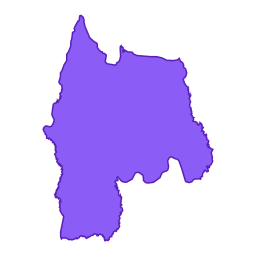 the district of Lumphat, Rôtânôkiri, Cambodia
{"feature_id": "14789045B80217512950075", "entity_name": "Lumphat", "entity_type": "district", "adm_level": 2, "iso_a3": "KHM", "parent_name": "Cambodia", "parent_adm1": "Rôtânôkiri", "projection": "equal_earth", "projection_center": [107.076, 13.435], "detail": "fine", "context": "isolated", "style": "filled", "palette": "violet", "viewbox_px": 256, "rotation_deg": 0, "n_neighbors": 0, "source": "geoboundaries", "source_scale": "gbopen_adm2", "svg_char_len": 5781}
<svg xmlns="http://www.w3.org/2000/svg" viewBox="0 0 256 256"><path d="M200.6,179.2L200.8,178.6L200.5,177.2L202.4,176.5L202.5,173.5L203.9,172.0L204.4,170.4L205.1,170.3L206.9,171.8L208.3,171.1L208.2,170.1L206.7,166.3L207.7,166.0L208.7,167.7L209.4,167.6L209.6,165.6L210.9,164.8L212.3,162.1L212.7,161.1L212.0,159.0L212.5,157.5L211.2,153.0L212.8,149.4L210.3,148.2L209.1,146.6L208.8,147.5L207.8,146.6L207.1,144.3L207.3,144.0L208.1,145.0L208.8,144.8L207.8,143.6L208.5,142.5L208.5,140.5L206.6,139.1L206.8,137.4L205.6,136.2L206.5,135.3L206.4,134.6L206.1,134.2L205.1,134.9L204.1,134.8L203.5,133.1L204.1,132.0L203.1,131.0L201.8,131.1L202.1,130.5L202.0,128.7L202.5,128.7L203.3,127.4L201.8,126.7L202.1,124.9L201.6,124.6L201.0,123.3L200.0,122.7L200.2,123.9L198.9,124.0L198.9,124.9L198.4,125.2L197.1,123.7L197.0,122.5L196.4,122.5L195.8,121.7L192.9,121.3L192.9,120.7L193.5,119.8L193.2,118.1L193.9,117.6L192.1,116.7L192.1,115.2L190.8,114.2L191.9,113.2L191.5,112.0L191.7,111.2L190.8,110.6L191.2,109.8L190.9,107.8L190.2,107.6L189.6,106.3L189.8,103.5L190.6,102.1L189.2,98.2L189.8,97.1L189.7,96.0L190.4,96.4L190.7,95.3L189.6,95.5L189.9,93.9L189.0,94.6L188.3,93.5L188.8,91.7L188.0,90.4L188.5,89.6L187.8,88.8L188.4,87.9L188.1,87.0L186.8,86.4L185.4,84.9L184.9,83.5L184.2,83.2L184.1,81.6L183.4,80.3L183.4,78.8L185.8,76.3L186.7,72.9L185.7,69.2L185.2,68.4L183.8,67.7L183.4,66.9L183.7,65.3L182.9,63.2L181.6,61.8L180.7,61.8L179.2,58.4L178.2,59.4L176.7,60.1L171.1,60.8L170.8,60.3L167.0,60.4L162.2,58.0L156.8,56.7L151.1,56.7L137.3,55.6L133.9,54.3L132.0,52.1L128.1,52.0L124.6,50.0L124.2,51.6L123.1,52.1L122.7,50.7L123.0,50.4L123.3,48.1L122.4,46.9L121.3,47.2L121.1,45.8L120.4,46.4L120.2,48.2L120.6,56.3L119.8,59.8L118.5,62.0L116.8,62.8L116.1,64.7L115.0,65.1L107.2,63.8L105.5,62.2L105.3,61.1L106.3,55.1L104.5,53.5L102.7,53.2L102.2,51.8L101.0,51.8L99.1,50.0L97.5,47.8L97.1,43.7L96.7,43.1L94.0,41.6L89.7,37.7L85.1,26.8L84.0,22.3L84.0,20.0L83.2,17.3L81.0,15.4L79.7,15.9L79.2,20.5L77.9,21.1L77.8,21.9L77.2,22.4L75.1,26.3L74.2,28.6L74.9,30.6L74.5,31.4L72.6,32.4L71.7,39.4L71.0,40.8L70.7,46.3L68.6,51.6L66.7,54.4L66.7,60.7L64.2,64.6L62.0,70.6L60.4,73.1L60.5,76.5L58.9,82.2L60.0,84.0L62.0,85.5L61.9,87.2L62.4,88.9L62.3,89.3L61.6,89.4L61.7,91.7L59.8,93.6L60.2,94.5L60.3,96.2L60.8,96.1L61.0,96.7L60.8,97.2L60.1,97.1L60.2,97.8L59.8,98.1L60.4,98.7L58.5,100.4L58.4,101.6L57.4,100.3L57.3,101.8L56.6,101.7L56.2,103.0L54.3,103.2L53.2,104.7L51.9,114.2L52.4,116.1L54.0,119.1L54.1,120.6L53.5,122.6L52.6,124.7L51.4,126.3L49.8,126.8L47.0,126.0L45.5,126.1L44.1,127.3L43.2,129.1L43.9,131.2L45.3,133.4L45.2,134.2L46.4,135.1L46.8,138.3L48.3,138.4L48.7,138.9L49.1,138.2L49.8,138.4L50.6,139.1L50.4,139.7L50.9,140.3L51.4,140.1L51.4,140.5L52.8,141.2L52.6,142.5L53.9,142.5L54.1,143.3L54.4,143.2L54.7,143.8L54.4,144.1L54.7,145.0L55.3,144.9L55.4,145.6L55.8,145.7L55.3,147.4L55.9,147.4L55.9,148.7L55.3,149.1L55.3,149.9L55.5,151.0L56.2,151.0L56.4,152.2L54.6,154.1L55.5,155.4L55.4,155.9L56.1,157.2L56.0,157.9L56.4,158.3L56.3,159.0L57.5,159.1L56.9,159.7L57.4,160.8L56.8,161.6L58.4,163.8L58.7,163.4L59.3,163.5L58.7,164.3L59.1,164.9L59.3,164.4L59.9,164.5L60.2,164.7L60.1,165.4L60.7,165.4L60.8,165.9L61.1,165.5L62.1,166.2L61.9,166.7L62.2,168.0L61.3,169.3L62.6,169.6L62.6,170.5L61.6,171.5L62.0,172.2L61.9,172.9L62.5,173.2L62.4,174.6L62.0,175.1L61.5,175.0L61.8,175.6L61.5,176.3L60.1,177.8L60.1,178.4L60.6,177.9L60.9,178.3L60.1,179.3L60.4,179.5L60.3,181.1L59.9,180.9L59.3,182.4L58.9,182.3L58.1,184.4L58.5,184.8L58.4,186.2L58.8,187.2L58.4,188.3L57.7,188.0L57.5,189.1L56.8,189.4L57.0,190.3L56.4,190.4L56.1,191.1L56.4,191.8L55.7,192.7L56.0,193.4L55.7,194.2L55.1,193.9L54.7,195.0L55.3,195.5L55.4,196.4L55.7,196.1L55.8,197.3L56.9,196.9L57.2,197.3L57.1,197.7L58.0,197.6L58.6,198.9L59.4,198.3L60.5,199.2L60.6,200.5L60.2,200.3L59.7,201.0L60.4,201.6L59.6,201.6L59.3,202.5L60.1,204.0L59.6,204.5L59.9,205.1L59.9,206.2L59.4,207.2L59.9,207.7L60.4,209.3L59.9,210.1L60.2,210.9L61.9,214.0L63.0,215.5L63.4,215.4L63.7,216.8L60.6,232.0L60.7,236.9L61.4,238.9L62.8,237.7L64.4,238.1L65.8,237.8L69.0,239.7L70.7,239.4L71.8,239.9L73.9,239.3L74.6,238.7L75.9,238.6L76.3,238.0L76.8,238.7L77.3,238.7L79.5,237.2L79.9,236.3L81.0,235.6L82.6,236.6L83.9,236.0L86.4,238.3L88.1,237.5L88.1,236.8L89.0,237.0L91.5,235.4L93.0,235.2L94.0,233.9L94.4,233.9L96.0,234.2L96.7,234.8L97.0,235.7L97.5,235.6L97.7,234.7L98.3,235.4L98.7,234.7L100.2,234.2L101.6,235.0L102.6,234.9L103.0,235.3L102.8,236.5L103.6,236.5L104.0,236.9L104.0,237.8L104.5,238.1L104.4,239.1L104.8,240.6L105.7,240.6L105.9,240.1L106.3,240.0L108.1,240.5L108.6,239.9L108.4,239.5L109.2,239.2L109.4,237.8L110.7,236.5L111.7,236.6L112.0,234.7L113.1,233.9L113.2,232.4L114.9,230.8L116.1,231.4L116.7,230.5L116.6,229.2L117.9,229.2L119.6,226.5L118.7,224.0L119.5,223.7L119.7,222.8L119.6,222.3L119.0,222.1L118.7,221.0L119.3,220.2L119.9,218.1L119.2,215.8L120.1,215.3L121.2,213.9L121.2,213.3L120.3,213.1L120.4,212.3L121.5,212.3L122.7,210.6L122.1,208.1L120.7,206.8L120.3,205.7L121.0,204.9L122.1,205.5L120.5,203.1L121.2,201.4L121.0,200.8L121.6,197.3L120.9,196.6L120.4,195.4L120.2,196.5L118.8,194.9L118.5,193.2L118.9,190.4L117.6,190.5L117.1,189.3L116.1,188.2L116.5,187.8L117.6,188.3L117.7,187.6L116.9,186.4L115.3,186.6L115.0,185.8L116.8,185.1L116.7,184.2L115.1,182.2L115.1,181.4L115.4,180.7L117.1,180.8L117.9,180.3L117.8,179.6L117.0,178.9L116.8,178.2L117.6,176.7L121.7,181.3L124.3,182.2L126.7,182.1L132.1,179.1L135.2,173.1L136.7,172.5L138.9,172.4L142.8,175.2L143.3,176.9L143.5,180.5L145.6,182.6L148.2,183.0L153.5,182.3L160.0,177.6L161.6,173.6L162.8,172.3L167.0,170.7L167.8,169.8L168.4,167.8L168.5,166.0L167.7,161.6L167.8,160.5L169.2,157.8L171.1,156.7L175.3,158.8L177.1,159.1L178.9,160.7L181.7,168.5L185.3,180.6L185.9,181.7L189.2,182.6L191.9,181.7L193.0,180.0L194.7,179.0L199.2,178.8L200.6,179.2Z" fill="#8b5cf6" stroke="#5b21b6" stroke-width="1.5"/></svg>